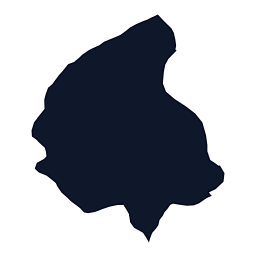 outline of Lerik District, Lerik, Azerbaijan
{"feature_id": "54616110B59366301344355", "entity_name": "Lerik District", "entity_type": "district", "adm_level": 2, "iso_a3": "AZE", "parent_name": "Azerbaijan", "parent_adm1": "Lerik", "projection": "orthographic", "projection_center": [48.458, 38.753], "detail": "fine", "context": "isolated", "style": "filled", "palette": "ink", "viewbox_px": 256, "rotation_deg": 0, "n_neighbors": 0, "source": "geoboundaries", "source_scale": "gbopen_adm2", "svg_char_len": 1405}
<svg xmlns="http://www.w3.org/2000/svg" viewBox="0 0 256 256"><path d="M157.7,15.4L154.7,16.9L152.1,18.0L147.6,20.3L142.8,22.1L137.0,24.6L130.8,27.9L126.2,31.6L120.9,35.5L116.4,37.5L104.6,42.3L99.7,45.9L92.1,49.3L89.1,50.9L82.6,55.4L79.5,58.4L74.5,62.6L68.6,64.8L63.2,71.5L59.6,75.5L55.8,80.6L53.1,84.4L48.7,88.2L46.4,94.4L45.0,100.0L45.3,109.2L42.1,113.2L39.1,116.9L34.7,122.8L32.3,130.5L32.6,135.4L32.7,136.2L36.6,138.9L39.9,142.3L45.3,147.2L46.6,151.1L47.3,156.6L44.4,159.6L37.5,163.3L35.6,168.4L39.2,171.8L47.0,175.0L51.9,178.8L56.5,182.7L57.9,185.9L62.1,192.1L67.9,197.2L71.3,200.6L76.8,204.7L80.8,207.8L84.4,211.7L88.2,212.4L94.9,211.2L102.1,208.4L109.2,206.0L117.1,204.3L123.8,204.1L127.1,209.3L129.6,213.7L130.9,222.0L134.6,227.2L143.5,232.2L146.6,236.8L148.7,240.6L149.5,237.7L151.6,232.4L155.2,228.3L157.6,225.0L158.9,219.5L162.1,215.4L163.8,211.9L166.7,208.6L169.8,204.2L173.0,202.9L179.6,204.0L187.0,205.0L193.7,204.6L198.6,202.7L202.5,200.0L206.7,197.2L210.5,195.6L208.2,192.9L208.6,191.7L215.3,188.4L222.8,181.4L223.7,173.3L219.5,166.3L218.0,166.4L215.6,164.4L209.6,160.4L206.6,151.4L206.6,144.9L205.3,135.5L201.7,122.8L194.6,114.0L185.3,106.9L174.1,99.6L165.3,92.1L162.1,83.5L163.1,71.8L164.5,64.5L167.9,58.3L171.2,54.9L175.5,50.6L174.5,49.5L175.3,46.4L175.3,44.7L174.6,39.8L173.1,33.1L170.8,28.8L166.1,24.2L161.7,19.8L157.7,15.4Z" fill="#0f172a" stroke="#020617" stroke-width="1.5"/></svg>